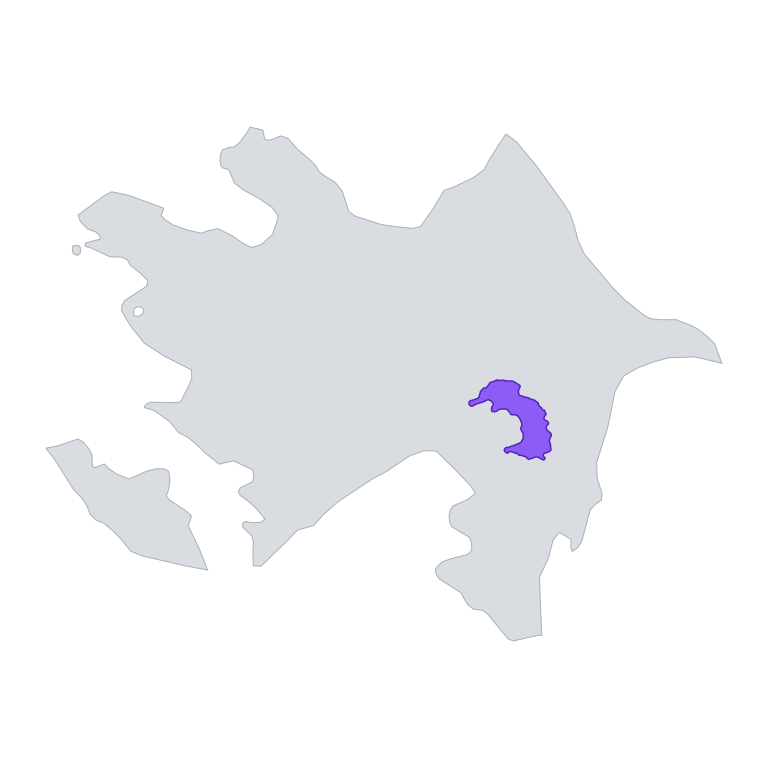 location of Sabirabad District, Sabirabad, Azerbaijan
{"feature_id": "54616110B21396185337631", "entity_name": "Sabirabad District", "entity_type": "district", "adm_level": 2, "iso_a3": "AZE", "parent_name": "Azerbaijan", "parent_adm1": "Sabirabad", "projection": "robinson", "projection_center": [48.66, 39.895], "detail": "fine", "context": "in_parent", "style": "filled", "palette": "violet", "viewbox_px": 768, "rotation_deg": 0, "n_neighbors": 0, "source": "geoboundaries", "source_scale": "gbopen_adm2", "svg_char_len": 5875}
<svg xmlns="http://www.w3.org/2000/svg" viewBox="0 0 768 768"><path d="M541.7,635.4L538.3,635.2L513.4,640.9L508.2,639.0L486.9,613.2L482.5,610.3L473.3,609.1L468.0,604.9L463.6,598.0L461.1,592.8L439.1,578.8L435.9,573.6L435.4,569.1L438.7,565.1L442.4,561.6L453.1,558.1L465.7,555.1L469.7,553.0L471.8,549.2L471.6,543.3L469.6,537.4L451.6,526.7L449.7,522.1L449.1,516.4L450.1,510.5L452.9,505.9L467.6,499.6L475.5,493.1L470.6,485.8L454.8,469.2L436.1,451.0L423.6,450.8L409.1,456.2L386.0,471.7L373.2,478.4L356.5,489.4L338.2,501.6L323.3,514.7L313.9,525.4L297.4,530.1L288.9,539.1L261.0,566.2L253.3,565.8L252.9,552.4L253.4,541.8L251.7,535.6L242.8,527.3L242.7,523.6L245.1,521.4L252.0,522.7L260.8,522.3L265.0,519.0L255.7,507.9L247.3,500.5L240.3,495.5L238.7,492.6L238.7,490.4L240.2,487.9L252.4,481.8L253.7,476.3L252.9,470.0L233.7,460.8L219.2,464.2L206.3,453.9L198.1,445.9L187.8,437.3L178.6,432.6L169.8,421.8L154.5,410.7L144.6,407.6L144.8,405.9L146.6,403.9L150.8,402.2L178.3,402.6L181.6,400.6L183.4,395.9L187.3,388.9L191.8,378.7L191.5,370.0L164.1,356.0L144.3,343.2L130.7,326.2L121.5,310.8L121.9,305.6L124.7,300.6L146.3,286.4L147.7,282.7L147.3,280.1L139.8,272.8L130.3,265.3L127.4,259.8L121.4,257.0L109.9,256.8L90.0,247.5L85.8,246.6L84.8,244.8L85.8,242.9L100.2,239.2L100.1,236.1L95.8,232.0L87.8,229.1L80.5,221.7L78.0,215.1L104.2,195.7L111.8,191.8L128.7,195.4L163.7,208.2L161.2,215.4L164.7,219.4L172.7,224.8L188.1,230.3L201.2,233.2L207.8,230.8L217.9,228.7L231.0,235.1L243.0,243.2L249.0,246.4L252.2,247.4L261.4,244.7L272.5,234.3L277.0,221.7L278.2,215.7L271.9,207.3L258.8,198.3L244.0,190.3L234.6,183.3L228.7,169.5L222.6,167.9L221.0,166.1L220.1,161.4L220.4,154.8L222.6,149.7L228.6,147.5L234.6,146.8L240.1,141.9L247.1,132.4L250.0,127.1L262.9,130.1L264.5,138.7L266.8,140.4L272.2,139.4L281.1,135.9L288.1,138.6L297.1,148.8L309.6,159.5L316.4,166.6L319.0,171.6L325.4,176.4L334.8,182.1L342.2,190.9L348.8,211.5L355.5,216.3L379.8,224.1L388.3,225.7L412.2,228.5L420.6,226.5L433.0,208.8L444.1,190.5L454.4,186.7L473.1,177.8L484.2,169.5L488.9,160.5L499.5,143.5L506.0,133.9L516.9,142.4L536.0,165.4L563.2,202.9L569.9,213.5L574.3,225.8L578.1,240.7L584.3,253.9L612.1,287.0L624.1,299.3L643.7,315.1L650.6,318.7L659.7,319.7L676.4,319.7L691.9,325.9L699.6,330.3L707.5,336.6L714.7,343.9L721.9,363.3L695.0,356.9L668.0,357.9L652.8,362.1L638.0,367.8L623.8,375.8L615.0,391.5L607.6,427.9L596.7,462.1L597.1,478.0L602.0,493.2L601.4,500.4L596.4,503.4L590.1,509.9L581.8,541.3L577.6,547.6L572.3,551.5L570.8,547.7L571.1,539.5L559.2,532.2L552.9,540.4L548.6,557.7L540.0,575.8L539.5,579.3L541.7,635.4ZM142.6,314.0L143.9,309.1L140.5,307.0L137.0,306.8L133.8,309.3L133.8,315.3L138.0,316.4L142.6,314.0ZM51.9,455.9L47.9,450.9L46.1,448.1L58.1,445.8L78.0,439.0L83.4,442.3L89.1,449.1L92.0,455.0L92.3,465.9L94.7,467.7L104.4,464.0L108.7,468.5L116.0,473.7L128.9,479.0L147.6,470.8L156.9,468.7L164.5,468.9L168.6,471.4L170.0,479.9L168.4,490.4L166.2,496.1L170.0,500.3L185.2,510.4L191.5,516.0L188.3,525.7L199.5,549.4L203.2,558.7L207.6,570.1L184.3,565.6L142.3,556.0L130.8,551.1L120.0,537.9L113.6,531.5L104.1,523.3L96.2,520.2L90.3,514.5L87.0,506.0L82.1,498.4L73.5,489.4L54.4,459.1L51.9,455.9ZM80.0,253.7L77.4,255.4L73.5,253.7L72.3,250.0L72.7,246.1L76.6,245.2L79.8,246.3L80.7,249.8L80.0,253.7Z" fill="#d9dde1" stroke="#a8b0b8" stroke-width="1"/><path d="M497.2,379.9L495.4,380.6L493.2,381.6L489.6,382.8L489.2,384.0L487.5,386.4L485.8,387.9L483.7,388.1L482.9,388.7L481.8,390.1L480.4,391.6L480.1,393.4L479.4,395.3L479.0,397.1L477.7,398.4L476.1,398.9L474.7,399.5L472.7,400.2L471.0,400.5L470.0,400.9L469.9,401.0L469.1,401.9L469.0,404.2L469.6,405.0L469.9,405.4L470.9,406.2L472.2,406.2L473.8,405.4L476.0,404.1L478.0,403.5L480.2,402.7L481.4,402.5L483.6,401.8L485.0,401.0L486.1,400.5L488.3,399.4L488.6,399.5L489.2,400.2L490.7,400.8L491.7,401.5L492.3,402.3L493.0,403.2L493.3,404.2L493.1,405.1L492.2,406.2L491.7,407.4L491.4,409.4L491.7,410.4L492.1,411.5L493.5,411.5L494.8,411.9L496.7,411.1L497.6,410.6L498.7,409.7L499.8,409.2L501.3,409.1L502.8,409.0L504.0,408.9L506.9,409.4L507.6,410.1L509.1,411.7L510.0,412.9L510.8,414.4L512.2,414.8L514.5,414.7L516.1,415.1L517.4,415.8L518.8,417.0L519.4,418.4L520.2,419.4L520.6,420.6L521.2,421.8L522.0,424.8L521.3,426.6L520.7,428.1L521.1,430.0L522.0,431.4L522.9,433.2L523.3,434.8L523.2,437.4L523.1,439.3L521.8,440.3L521.7,441.4L520.6,442.5L519.4,443.1L517.5,444.1L516.0,444.4L514.9,445.3L513.5,445.5L512.6,445.8L510.6,446.5L508.6,447.4L506.3,447.4L505.0,448.4L504.3,449.6L504.5,451.3L505.5,452.1L507.0,453.1L507.9,453.1L508.7,451.7L509.2,451.5L510.6,451.6L512.5,452.1L513.8,452.5L514.5,452.8L515.9,453.4L517.8,453.6L518.3,454.7L519.3,455.3L520.8,455.4L522.0,455.4L522.7,455.8L523.8,456.3L525.8,456.7L526.7,457.6L527.4,458.5L528.0,458.9L528.6,459.4L529.5,458.9L531.1,458.6L531.5,458.5L533.7,457.8L534.9,457.0L536.2,457.0L537.8,457.1L539.3,457.8L541.1,458.8L542.6,459.7L543.7,459.9L544.8,459.2L544.9,457.6L543.4,456.3L543.2,455.1L543.8,453.6L545.7,452.9L548.0,452.1L549.6,451.3L550.6,450.5L550.9,450.1L551.0,449.1L550.6,447.2L550.5,445.3L550.3,443.9L549.6,441.7L549.3,440.5L549.8,439.0L550.6,437.0L551.4,435.7L551.1,433.7L549.7,432.3L548.3,431.1L547.3,430.3L546.7,429.5L546.3,428.1L546.3,427.0L546.8,425.7L547.8,424.6L548.4,423.8L548.4,422.7L547.7,421.6L546.9,420.8L545.5,420.5L544.4,419.6L543.9,419.0L544.0,417.7L544.6,416.4L545.1,415.6L545.8,414.8L546.1,413.9L545.8,413.9L545.2,413.0L544.9,411.6L544.4,410.2L543.0,410.2L542.4,409.4L541.5,407.8L540.0,406.7L538.9,405.5L538.5,404.2L538.0,402.7L536.3,401.7L535.2,400.6L534.6,400.3L533.3,399.7L531.9,399.4L529.8,398.8L529.0,398.1L527.8,397.6L526.1,397.3L524.2,397.0L523.4,396.5L522.2,396.1L520.7,395.8L519.2,395.2L518.8,393.5L518.3,391.3L518.8,389.9L519.7,387.8L520.2,385.8L518.6,384.6L516.7,383.4L514.8,382.4L513.1,381.3L511.3,381.0L508.5,381.0L505.9,380.9L503.9,380.2L501.8,380.3L499.4,380.4L499.2,380.4L498.0,380.4L497.2,379.9Z" fill="#8b5cf6" stroke="#5b21b6" stroke-width="1.5"/></svg>